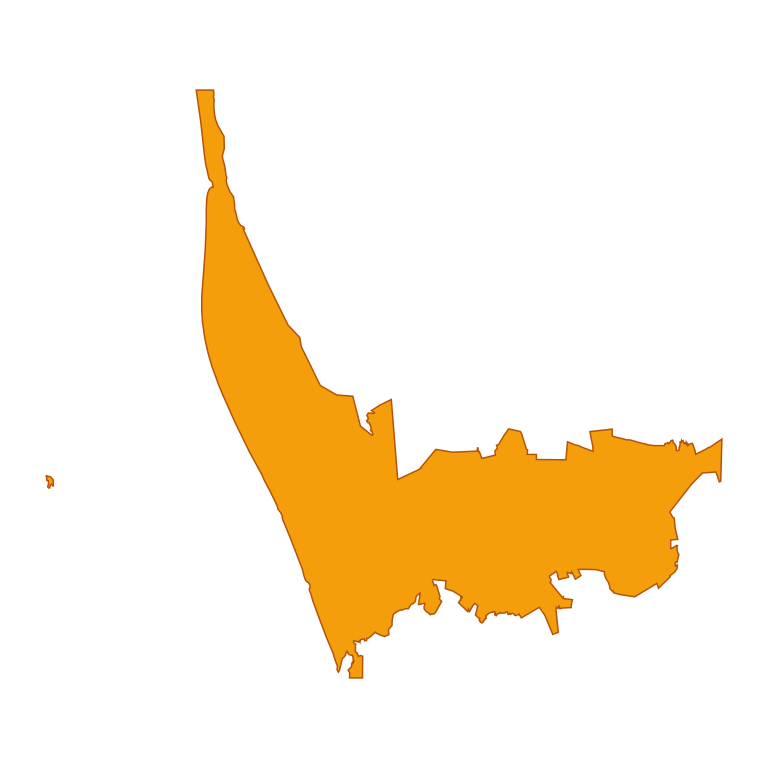 Santiago Ixcuintla, Nayarit, Mexico
{"feature_id": "50627088B3683914427881", "entity_name": "Santiago Ixcuintla", "entity_type": "district", "adm_level": 2, "iso_a3": "MEX", "parent_name": "Mexico", "parent_adm1": "Nayarit", "projection": "equal_earth", "projection_center": [-105.286, 21.958], "detail": "fine", "context": "isolated", "style": "filled", "palette": "amber", "viewbox_px": 768, "rotation_deg": 0, "n_neighbors": 0, "source": "geoboundaries", "source_scale": "gbopen_adm2", "svg_char_len": 6097}
<svg xmlns="http://www.w3.org/2000/svg" viewBox="0 0 768 768"><path d="M694.7,449.3L692.3,443.3L689.0,444.3L688.6,445.0L686.5,442.2L686.8,445.0L685.3,442.9L683.9,442.5L684.6,443.5L683.9,443.5L683.4,442.5L683.0,440.6L681.7,441.1L681.5,440.6L681.1,442.3L680.6,442.4L680.3,441.2L680.0,442.4L680.2,442.8L679.8,446.2L679.5,447.1L679.1,447.3L679.0,450.0L677.8,450.8L676.4,450.3L676.0,445.8L675.1,445.0L675.0,444.4L674.2,443.4L673.4,443.0L673.0,442.2L673.1,441.1L672.7,440.3L672.3,440.6L672.0,440.3L671.0,440.6L670.3,442.1L669.0,443.1L669.0,443.6L668.3,443.5L667.8,442.6L666.7,443.4L665.1,443.6L664.3,445.6L654.4,445.6L647.7,444.8L646.6,444.2L639.1,442.6L631.2,440.2L628.5,439.8L627.5,440.0L612.3,436.2L612.2,429.1L589.9,431.6L592.9,446.9L593.0,451.4L582.4,447.4L577.8,445.3L576.7,445.5L567.5,441.8L565.9,459.8L536.4,459.5L536.4,454.4L527.2,454.4L527.6,449.8L526.8,449.5L526.3,448.8L521.7,433.9L520.4,431.5L508.7,428.9L504.0,435.4L498.6,444.6L496.5,445.3L497.4,448.1L495.0,450.9L495.3,455.1L481.9,458.4L479.5,452.0L478.9,452.2L477.6,447.2L477.1,451.1L452.5,452.2L435.8,449.4L421.0,467.3L421.1,468.1L420.4,468.0L419.6,469.1L417.7,470.1L397.7,479.5L391.3,399.5L379.8,405.2L371.5,410.5L374.4,412.7L374.2,413.1L372.9,413.6L370.9,412.9L369.8,413.4L368.5,412.9L366.9,415.1L366.9,415.9L367.6,416.6L368.2,418.2L367.9,419.6L367.3,419.9L366.6,420.8L368.0,422.7L369.5,423.0L369.7,424.7L370.6,425.2L371.1,428.5L370.5,430.6L370.9,430.9L371.8,430.8L372.8,434.8L371.9,435.4L360.4,426.1L352.8,396.2L336.7,395.0L320.3,385.5L301.3,346.7L299.8,337.6L288.0,325.0L268.3,284.9L243.3,229.2L244.5,228.9L243.8,227.1L240.6,225.3L238.9,223.1L237.3,219.3L235.6,211.9L234.6,209.1L234.7,205.7L233.5,196.7L230.0,191.9L226.8,184.0L226.2,180.4L226.8,177.5L226.0,175.2L224.8,166.4L222.5,157.8L222.6,154.8L224.1,149.4L224.3,147.9L224.0,136.4L217.9,125.6L215.6,119.7L214.6,114.7L213.8,106.5L214.1,99.4L213.5,96.8L213.8,95.4L213.6,90.1L196.2,90.1L200.7,121.4L204.3,154.1L205.6,163.6L208.9,178.3L210.2,180.4L212.1,181.7L213.2,187.2L211.6,187.2L210.0,188.4L208.9,190.0L207.8,193.0L206.8,197.9L206.3,208.5L206.3,222.5L205.2,250.6L201.8,295.8L201.7,309.4L202.5,322.1L204.9,338.9L208.0,352.7L211.6,365.4L218.5,384.4L223.2,395.8L234.8,421.8L249.5,452.0L262.1,475.1L264.4,480.5L270.3,491.6L276.5,504.4L277.6,507.2L278.0,509.2L280.8,512.8L282.4,516.3L282.1,517.1L282.8,519.7L290.5,538.4L302.5,569.5L304.0,576.0L305.4,579.8L306.6,581.6L308.5,582.7L310.1,585.2L310.0,587.9L309.3,588.6L309.6,591.0L310.8,593.7L312.9,601.1L318.6,616.7L326.3,637.0L332.9,652.8L335.5,661.0L337.2,665.4L337.4,667.4L337.0,669.3L338.3,672.1L339.6,670.1L341.8,660.3L342.5,658.4L344.3,656.8L345.6,654.9L345.5,654.0L346.9,651.5L347.2,652.4L347.9,652.4L348.1,653.4L349.0,654.6L352.3,655.4L352.8,655.9L353.3,660.4L353.8,660.6L353.9,661.3L352.8,661.7L353.4,662.6L352.9,663.5L352.3,662.7L351.7,663.4L351.5,666.7L348.1,670.1L349.7,672.9L349.5,677.9L362.5,677.9L362.7,656.3L360.6,655.5L358.5,656.3L357.0,652.8L356.3,652.5L355.4,651.4L355.5,646.9L355.2,645.8L355.8,644.3L353.5,642.5L353.7,640.8L358.7,642.0L358.9,641.1L359.7,641.1L360.0,641.9L360.3,639.9L360.5,639.7L364.3,638.9L364.6,640.8L365.5,640.4L366.6,640.5L366.9,638.2L368.0,638.4L371.1,636.1L375.1,632.2L375.2,632.6L380.5,635.2L384.7,636.5L388.9,634.6L388.5,629.6L392.0,625.5L392.1,620.7L393.2,614.5L395.8,612.4L399.5,610.4L401.4,609.7L401.7,610.2L405.7,608.6L408.4,608.8L410.8,604.6L412.8,603.8L414.8,602.1L415.5,600.8L415.8,599.2L415.7,598.1L416.4,596.3L418.4,594.3L420.2,593.2L418.5,604.5L420.7,604.3L422.1,603.7L425.0,603.5L424.1,607.0L424.1,608.8L426.3,611.7L429.1,613.3L429.0,613.6L430.3,614.7L430.8,614.3L434.0,613.9L434.9,613.1L435.8,612.0L441.7,601.4L439.3,599.0L440.0,596.4L436.4,585.0L435.4,584.8L433.8,585.7L433.5,583.2L432.6,581.7L432.6,580.1L433.7,579.3L434.3,579.4L434.3,579.7L446.0,580.8L445.3,588.6L452.8,591.0L462.3,596.9L461.4,598.3L460.9,597.9L460.8,599.7L460.6,599.5L458.5,602.6L467.8,611.7L468.5,609.0L469.7,611.3L473.0,605.3L474.8,603.5L475.1,603.4L476.3,604.5L477.9,606.1L477.2,607.6L476.7,610.8L475.4,615.0L478.4,617.8L479.7,618.6L479.1,620.0L480.3,621.2L480.0,621.7L481.2,622.7L482.3,622.8L483.3,622.0L483.3,621.3L483.7,620.9L483.9,620.1L485.0,619.7L485.1,618.8L486.0,618.5L485.8,618.1L486.2,616.3L485.8,615.8L487.9,614.2L488.2,613.6L490.4,612.6L492.1,612.4L493.0,611.8L493.5,612.0L494.5,611.7L495.6,612.4L494.7,613.9L494.9,614.9L496.3,615.7L496.6,615.3L496.3,614.6L496.8,614.6L497.5,613.8L500.4,613.1L500.3,612.5L501.2,613.0L504.5,613.1L505.9,612.0L506.7,611.8L507.5,611.9L507.4,612.7L507.7,613.9L508.6,614.4L509.4,613.5L510.0,614.3L510.7,614.3L510.9,613.7L512.8,613.4L514.2,614.2L514.3,614.8L514.8,615.4L515.5,615.6L515.9,615.2L518.9,614.7L519.1,614.2L521.3,617.9L539.3,607.3L544.7,615.0L552.8,634.4L558.3,632.3L556.0,609.6L556.3,607.3L557.9,608.4L558.9,605.9L559.4,606.3L559.4,607.9L560.0,608.8L562.4,608.0L571.1,607.6L571.5,603.7L572.4,599.7L563.2,598.5L563.4,596.6L562.2,597.2L550.1,582.5L550.9,581.5L551.0,579.3L549.5,577.1L549.3,576.2L556.2,571.4L557.9,575.1L557.5,575.5L558.9,579.6L568.6,577.1L568.6,576.5L567.9,575.4L567.2,572.4L571.1,573.6L571.7,571.9L574.2,576.4L574.5,577.6L575.4,579.2L575.7,579.1L580.9,575.5L578.1,569.5L582.9,569.3L595.6,569.6L604.4,571.7L604.4,574.7L606.1,578.8L608.0,581.7L609.3,584.9L609.9,588.5L611.6,590.7L613.4,591.3L613.4,592.7L619.7,594.5L634.7,596.8L656.9,583.4L658.5,588.3L670.2,576.8L669.7,575.9L674.6,572.2L676.7,569.1L677.3,567.5L677.3,565.0L676.3,565.3L676.2,566.0L675.8,566.1L675.2,565.2L675.5,563.1L675.1,563.0L675.1,562.5L675.9,562.0L676.7,561.7L677.1,562.0L678.3,556.6L678.8,555.3L678.7,554.3L677.8,552.9L677.1,549.9L677.0,546.8L677.5,545.7L676.8,545.4L671.2,548.7L670.7,548.4L670.7,539.9L677.8,539.4L675.2,528.2L674.2,518.2L672.7,517.2L669.8,512.0L691.6,484.1L702.5,473.0L716.0,472.0L719.3,481.9L720.7,481.4L721.9,439.1L710.1,447.1L707.9,447.8L705.9,449.2L695.7,454.3L694.7,449.3ZM53.3,480.3L52.9,479.5L50.3,476.7L46.3,475.8L46.1,476.5L46.7,477.5L46.8,480.4L48.5,480.8L48.4,484.1L47.8,486.3L47.9,487.2L48.8,488.0L49.6,488.0L50.4,485.1L51.6,484.2L52.3,484.8L52.6,485.9L53.2,485.9L53.3,480.3Z" fill="#f59e0b" stroke="#b45309" stroke-width="1.5"/></svg>